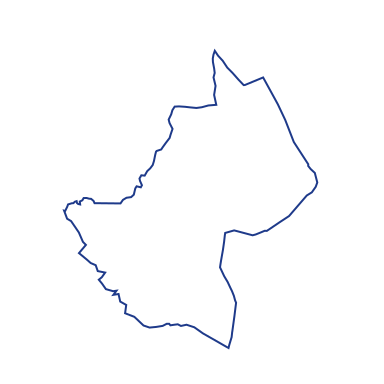 the district of Delikipos, Larnaca, Cyprus, rotated 106°
{"feature_id": "46923920B27149964753728", "entity_name": "Delikipos", "entity_type": "district", "adm_level": 2, "iso_a3": "CYP", "parent_name": "Cyprus", "parent_adm1": "Larnaca", "projection": "robinson", "projection_center": [33.34, 34.921], "detail": "fine", "context": "isolated", "style": "outline", "palette": "blue", "viewbox_px": 384, "rotation_deg": 106, "n_neighbors": 0, "source": "geoboundaries", "source_scale": "gbopen_adm2", "svg_char_len": 2040}
<svg xmlns="http://www.w3.org/2000/svg" viewBox="0 0 384 384"><g transform="rotate(106 192 192)"><path d="M159.3,76.7L158.7,76.5L152.9,74.5L148.3,74.2L139.8,79.2L137.2,84.3L134.9,87.5L133.3,87.9L115.9,107.9L97.1,122.2L85.7,132.2L84.0,133.7L74.9,142.7L62.3,155.2L74.6,170.7L75.0,171.8L71.3,178.1L69.2,181.4L66.4,185.8L62.7,192.4L57.4,198.6L53.8,204.5L50.0,209.0L54.1,209.2L58.0,208.8L61.3,207.7L67.3,204.7L71.3,203.0L75.9,202.9L83.5,198.6L92.6,197.5L101.5,192.7L104.3,200.1L107.8,205.9L110.0,210.9L111.2,217.3L112.0,222.1L113.3,228.1L114.7,232.2L118.8,233.4L123.1,233.4L128.8,234.4L131.9,232.6L136.7,228.1L142.9,228.4L146.2,228.4L152.3,230.8L157.3,232.6L159.6,233.3L162.3,237.3L163.2,237.7L166.4,237.6L172.8,237.1L176.9,237.2L180.8,238.7L184.3,240.8L189.3,242.0L189.9,245.3L193.5,246.2L195.7,245.0L199.3,242.0L201.6,242.5L201.8,246.8L204.2,247.5L210.6,247.2L213.7,249.1L215.6,253.4L218.6,256.2L222.7,257.6L229.6,282.6L227.7,284.2L226.4,287.1L226.8,289.1L226.8,291.7L227.7,294.5L230.2,295.1L232.1,297.2L234.8,296.1L234.9,298.1L234.3,299.5L232.6,300.4L233.7,302.0L235.4,302.9L236.0,304.5L238.1,307.7L240.7,307.9L245.2,308.7L245.2,309.8L252.1,304.7L253.3,300.2L262.1,289.6L270.0,283.1L272.1,279.4L281.9,283.8L285.9,274.6L288.2,269.8L288.9,264.4L294.0,260.8L293.4,253.3L298.8,255.2L302.0,257.4L304.8,253.3L309.1,248.0L309.1,240.5L307.7,237.4L312.5,239.2L310.3,234.5L317.1,230.8L318.7,224.1L327.0,222.9L327.9,213.0L333.7,201.8L334.0,195.4L331.6,189.3L328.8,183.3L325.7,180.0L325.0,177.6L326.1,176.0L324.5,172.5L323.1,169.2L323.8,165.7L321.1,160.7L321.4,152.5L324.9,142.5L331.9,113.9L329.5,114.0L327.8,114.0L320.6,113.9L316.5,114.6L315.4,114.8L315.0,114.8L299.7,117.0L290.8,118.4L286.3,119.1L284.3,120.7L280.3,123.1L276.3,126.2L273.3,128.9L268.7,132.9L264.1,137.8L256.7,144.3L253.8,144.7L249.6,145.2L239.1,146.3L231.1,147.4L224.6,148.5L222.2,148.8L217.3,140.9L217.2,137.1L217.1,131.7L216.9,121.8L215.3,119.1L211.8,114.6L209.3,111.5L208.7,109.3L197.0,99.5L188.4,92.1L163.7,80.7L159.3,76.7Z" fill="none" stroke="#1e3a8a" stroke-width="2"/></g></svg>